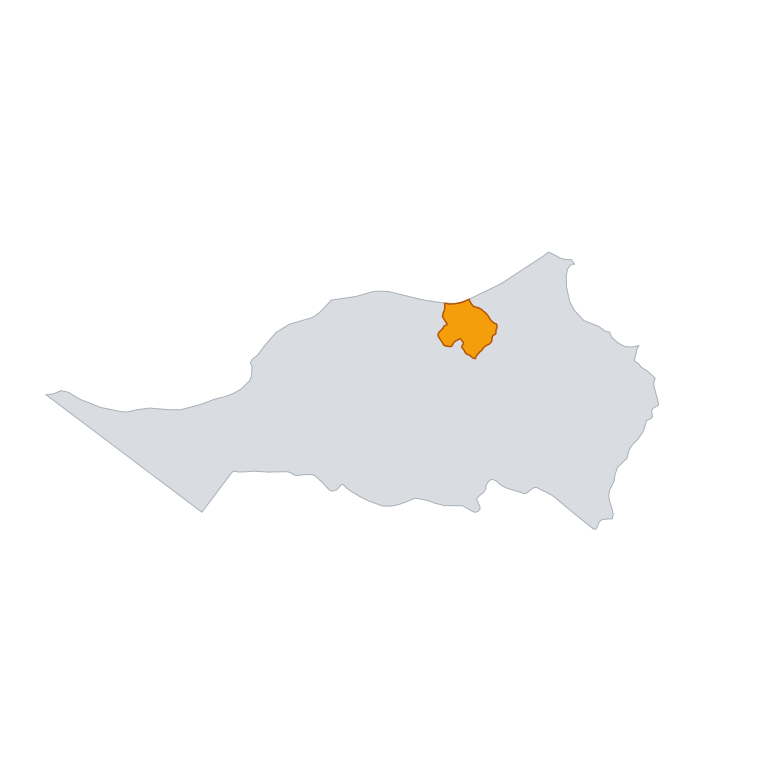 Rabat - Salé - Zemmour - Zaer highlighted on a map of Morocco, rotated 37°
{"feature_id": "MAR-1451", "entity_name": "Rabat - Salé - Zemmour - Zaer", "entity_type": "Region", "adm_level": 1, "iso_a3": "MAR", "parent_name": "Morocco", "parent_adm1": "", "projection": "mercator", "projection_center": [-6.34, 33.685], "detail": "fine", "context": "in_parent", "style": "filled", "palette": "amber", "viewbox_px": 768, "rotation_deg": 37, "n_neighbors": 0, "source": "natural_earth", "source_scale": "10m", "svg_char_len": 3820}
<svg xmlns="http://www.w3.org/2000/svg" viewBox="0 0 768 768"><g transform="rotate(37 384 384)"><path d="M126.0,590.9L129.9,583.8L136.7,580.6L150.8,579.1L171.9,573.2L190.7,564.3L196.1,560.7L201.8,553.6L211.3,544.3L229.0,533.1L237.2,526.8L249.6,511.1L257.9,498.0L264.8,489.6L269.5,482.1L272.8,474.5L274.7,462.2L273.5,457.5L268.2,449.6L264.7,447.5L263.8,443.8L265.6,437.2L265.6,425.9L266.7,407.9L272.5,393.2L286.8,374.0L289.4,366.0L291.0,353.4L291.2,348.9L309.0,330.9L319.5,317.0L323.1,313.6L332.3,307.3L364.5,293.4L382.7,283.5L393.3,276.2L399.6,267.6L417.1,233.6L434.4,185.4L435.8,179.7L443.5,178.1L448.9,177.4L453.3,175.7L458.8,172.0L464.0,173.5L461.4,175.9L461.4,181.9L465.1,188.9L471.5,196.8L483.1,206.7L492.2,210.7L505.2,213.1L520.4,208.8L528.8,208.7L533.0,206.8L537.4,209.6L546.0,210.4L554.2,209.0L560.4,204.8L564.4,200.0L565.0,202.4L565.2,204.9L566.4,206.4L568.8,212.5L570.1,214.9L574.8,214.5L579.0,215.7L588.2,215.2L597.1,216.2L598.4,220.1L600.9,223.3L610.1,230.5L615.6,234.9L615.7,236.4L614.0,240.0L613.2,242.5L614.7,245.2L618.0,248.4L618.3,250.0L617.5,251.7L615.8,255.2L619.4,265.3L620.1,275.1L619.1,282.0L619.1,286.0L619.6,289.4L622.7,297.3L620.7,310.2L623.0,317.2L626.2,323.0L628.0,333.1L630.6,337.9L634.9,342.1L637.3,343.6L642.0,347.1L645.4,350.0L647.4,354.3L643.1,357.9L639.8,361.0L638.8,364.5L640.4,369.9L640.4,372.9L638.2,373.8L629.5,373.5L622.6,373.3L614.7,373.0L603.5,372.5L596.6,372.2L587.2,371.7L583.9,371.9L575.2,373.5L569.1,374.6L568.1,374.9L566.2,376.2L564.8,380.3L563.7,384.9L562.4,386.9L544.0,393.5L536.8,394.5L532.7,393.8L529.7,394.3L527.1,395.7L526.3,397.9L526.2,400.6L526.7,403.4L528.5,407.2L528.8,411.1L527.7,413.8L527.4,416.5L526.9,419.4L527.8,421.0L529.6,421.2L531.3,422.6L533.9,423.8L536.0,426.1L535.8,429.4L534.1,431.3L532.6,432.3L525.7,433.2L520.2,433.9L513.1,439.1L505.5,444.7L496.6,448.5L492.6,449.5L485.7,452.2L477.4,456.6L473.4,463.6L468.2,471.6L463.3,477.1L456.5,482.2L450.2,484.1L442.3,486.6L432.3,488.5L425.3,489.1L423.2,489.5L416.9,489.6L413.9,489.2L411.6,489.0L410.7,489.6L410.4,490.9L410.3,493.8L409.9,497.1L407.9,499.9L406.5,501.1L404.9,501.6L399.6,500.9L395.3,500.0L384.8,498.8L382.8,499.1L382.0,499.4L378.7,501.3L373.7,505.3L370.4,508.8L367.8,510.5L361.8,511.3L359.1,512.6L347.9,521.3L345.5,523.4L333.9,531.0L330.6,533.5L328.0,536.0L321.1,541.6L316.7,544.0L315.9,545.5L315.7,548.9L315.7,556.4L315.7,563.6L315.7,574.1L315.7,584.5L315.7,596.0L120.6,596.0L126.0,590.9Z" fill="#d9dde1" stroke="#a8b0b8" stroke-width="1"/><path d="M383.9,283.2L384.6,282.9L386.0,281.7L387.6,281.2L392.1,277.5L396.7,272.5L400.6,266.0L401.1,265.0L402.6,266.3L403.6,266.4L405.2,267.4L406.9,267.7L408.3,268.2L409.7,267.7L411.5,267.3L413.5,266.2L415.2,266.2L416.7,265.7L418.3,266.0L420.4,266.0L423.7,266.3L426.7,267.1L429.5,268.4L431.8,268.9L433.7,269.1L435.1,268.9L436.1,269.0L437.5,268.4L439.1,269.3L439.6,269.9L440.6,271.9L440.7,273.0L441.5,274.3L442.5,275.6L443.0,276.9L441.8,280.5L442.2,281.5L442.9,282.4L443.2,283.5L444.0,284.4L444.5,285.7L443.9,289.3L442.6,291.5L441.7,294.5L441.7,295.6L441.8,297.3L441.7,299.1L441.1,300.7L441.2,302.0L440.9,303.4L441.0,304.6L440.9,305.9L441.0,306.8L441.3,307.8L441.7,308.6L440.9,309.2L439.7,309.7L434.7,309.5L433.5,309.8L432.6,310.3L431.5,310.4L429.0,309.6L428.2,309.0L427.1,308.7L426.0,308.5L423.9,307.7L423.4,307.0L423.4,306.0L423.3,305.1L423.2,304.0L422.3,303.2L419.4,302.2L418.2,302.0L417.1,302.4L416.5,304.2L415.1,306.9L415.0,307.9L414.7,309.3L415.0,310.4L415.4,312.8L414.2,314.4L410.5,316.5L408.3,317.0L405.8,315.8L400.7,314.1L398.7,313.2L397.4,312.1L396.8,309.6L397.3,305.3L397.6,304.8L397.6,303.8L397.0,302.5L397.3,301.1L397.9,300.1L398.4,298.9L398.2,298.0L396.4,297.5L395.3,297.0L391.2,295.4L389.9,294.8L388.5,291.4L388.1,289.6L387.3,287.6L386.4,285.9L385.6,285.3L384.0,283.3L383.9,283.2Z" fill="#f59e0b" stroke="#b45309" stroke-width="1.5"/></g></svg>